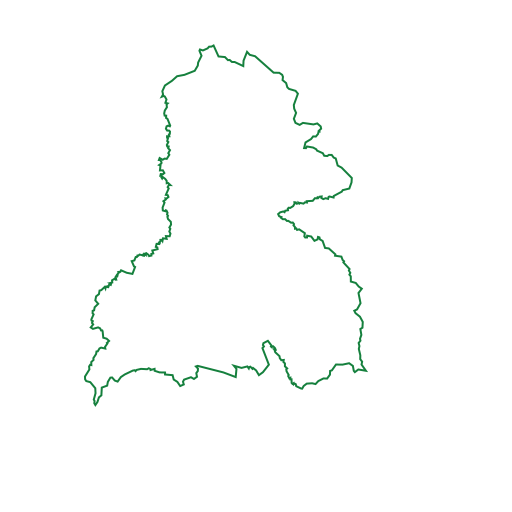 outline of Wang Chan, Rayong, Thailand, rotated 198°
{"feature_id": "78962969B3621953586830", "entity_name": "Wang Chan", "entity_type": "district", "adm_level": 2, "iso_a3": "THA", "parent_name": "Thailand", "parent_adm1": "Rayong", "projection": "albers", "projection_center": [101.511, 12.97], "detail": "fine", "context": "isolated", "style": "outline", "palette": "green", "viewbox_px": 512, "rotation_deg": 198, "n_neighbors": 0, "source": "geoboundaries", "source_scale": "gbopen_adm2", "svg_char_len": 6143}
<svg xmlns="http://www.w3.org/2000/svg" viewBox="0 0 512 512"><g transform="rotate(198 256 256)"><path d="M233.4,397.2L234.5,399.2L238.7,401.0L242.0,398.9L252.5,397.1L255.0,394.2L259.6,394.8L262.4,398.2L262.1,404.5L265.2,407.9L266.7,411.3L266.3,423.3L269.4,425.3L276.2,425.1L278.3,426.1L280.8,429.8L285.1,431.5L285.7,434.7L287.1,436.4L290.5,437.4L295.9,435.8L318.6,445.7L324.1,445.4L327.6,447.4L328.2,437.9L326.8,432.7L336.2,433.9L338.9,433.1L341.6,434.3L343.2,433.6L347.0,435.6L353.3,434.2L361.4,443.1L363.0,441.4L365.3,440.6L366.2,438.5L370.0,435.1L373.1,435.1L373.2,433.7L369.7,429.6L370.8,422.1L370.2,419.1L371.5,413.2L380.0,406.2L386.6,402.6L390.1,396.6L395.3,390.0L396.0,383.8L394.3,380.9L394.8,378.4L393.2,379.7L392.0,379.5L389.5,377.2L389.5,373.7L387.2,373.8L387.9,372.6L386.7,369.9L387.7,366.2L387.4,363.3L386.3,361.3L384.8,361.7L384.2,359.5L382.6,359.1L377.9,353.5L378.0,352.7L379.9,352.8L381.1,351.7L381.0,349.2L379.2,347.8L377.4,348.4L376.3,347.8L375.7,345.5L376.4,344.7L375.4,343.1L377.6,342.4L377.1,341.0L376.1,340.9L376.0,337.9L374.6,337.3L375.1,334.0L374.3,332.8L372.1,333.5L373.3,332.7L372.9,331.4L370.5,330.1L371.2,326.7L369.7,325.5L370.9,320.8L373.0,320.4L374.5,318.7L377.9,319.4L378.0,317.3L376.7,317.6L374.8,315.9L374.6,314.8L376.2,312.6L374.8,312.5L373.8,307.7L371.1,308.7L368.8,306.6L369.7,305.1L371.9,304.5L371.8,303.1L370.7,303.9L370.5,301.8L369.2,300.7L368.9,302.2L366.2,301.3L364.2,299.9L363.4,297.6L362.2,298.3L359.4,297.0L360.8,296.6L361.3,294.2L359.9,293.3L360.6,286.3L358.8,286.6L357.5,285.1L358.9,282.9L359.9,282.8L359.3,281.8L361.0,279.5L359.5,278.5L359.8,273.2L358.7,270.5L355.8,270.6L355.8,271.6L355.1,271.5L353.5,269.8L353.5,268.1L352.1,267.0L352.4,265.9L351.1,264.0L347.6,262.2L346.5,259.6L347.2,256.3L345.9,255.4L346.0,252.5L344.3,250.9L344.2,248.1L347.8,247.1L346.3,244.7L349.9,244.1L349.6,241.4L350.6,242.3L351.9,241.8L351.4,240.4L352.4,239.0L351.5,238.5L351.6,237.5L354.3,236.8L354.1,233.7L352.5,233.7L351.7,232.1L356.3,229.2L354.5,226.7L356.2,225.6L355.6,224.1L358.4,222.4L357.7,223.0L358.5,223.8L361.3,224.8L362.1,224.0L361.3,222.9L362.9,223.2L362.6,221.6L363.5,221.5L363.8,222.5L364.3,221.6L367.2,221.4L368.1,219.8L368.9,219.8L369.0,218.2L370.1,217.8L370.3,214.2L372.6,212.7L368.9,208.5L367.6,208.2L368.0,200.8L373.8,200.1L379.9,200.7L380.1,199.2L381.5,198.5L380.9,198.2L381.9,197.0L381.7,194.3L382.5,194.8L383.0,192.9L382.0,191.0L382.8,191.2L382.5,190.2L383.7,190.4L385.4,188.4L384.5,186.4L386.1,185.4L385.3,185.4L385.2,183.6L386.8,183.7L386.9,180.7L388.1,180.5L388.1,181.2L389.4,180.3L389.2,178.7L390.3,179.9L392.6,175.7L394.1,174.8L393.6,171.2L395.6,168.2L395.1,164.1L391.3,161.8L393.6,157.4L393.2,154.3L394.4,153.4L393.7,151.0L392.4,150.3L393.0,144.8L392.5,143.8L391.1,143.6L391.3,141.7L389.7,140.6L391.1,137.0L388.6,136.3L384.1,139.3L381.9,139.0L380.3,137.3L379.2,137.7L378.6,137.0L376.0,131.1L372.5,131.2L369.5,129.8L370.9,127.3L370.3,126.9L371.5,122.9L370.7,121.4L375.0,121.0L376.3,119.7L377.0,116.5L378.2,115.9L377.8,113.3L379.1,108.6L378.4,107.0L379.9,104.2L378.9,101.4L380.1,101.3L380.6,99.4L379.4,96.6L381.4,88.5L380.4,85.9L378.8,84.6L374.6,84.8L368.0,80.6L366.2,75.9L365.9,69.3L364.7,68.2L364.3,66.0L362.7,64.6L361.7,68.1L361.7,73.0L360.0,75.7L362.0,83.2L357.5,86.7L358.0,90.5L356.9,95.3L355.3,96.0L351.8,93.9L348.8,93.8L347.1,99.1L344.2,102.8L337.7,109.0L336.0,109.9L335.0,109.3L334.3,110.8L330.5,113.1L324.5,114.7L323.3,116.1L321.3,115.8L321.0,115.0L317.6,117.3L316.9,115.5L311.7,115.5L306.5,117.1L305.9,115.2L298.5,116.9L296.1,113.1L291.9,112.0L287.9,108.9L285.0,111.5L286.6,113.9L286.2,116.2L280.4,120.6L277.0,119.9L274.8,122.9L276.6,126.2L275.8,128.6L276.4,131.0L279.0,132.4L277.5,133.5L251.0,135.2L237.9,134.6L239.7,142.6L243.1,144.8L235.2,145.1L230.1,148.3L228.1,146.8L228.1,148.3L227.2,149.0L224.5,147.6L224.2,148.6L220.5,147.2L216.4,143.6L213.5,147.6L210.2,156.6L221.4,170.4L220.5,172.4L221.9,173.5L222.0,175.4L218.5,179.0L213.3,175.4L213.8,174.6L213.0,174.1L211.8,175.4L209.8,174.5L208.9,173.6L210.0,173.0L208.4,172.4L208.9,171.7L207.9,170.4L202.7,168.0L201.8,166.2L199.7,164.7L197.5,165.7L197.2,163.7L195.3,162.8L194.4,160.0L191.6,158.7L192.2,157.6L191.3,155.8L188.1,152.9L188.3,151.8L186.5,150.0L185.7,150.8L185.2,149.3L184.1,149.7L182.9,146.3L181.7,145.6L180.9,146.7L180.4,145.8L180.0,146.6L178.6,146.4L177.5,144.6L172.1,143.9L171.1,144.1L170.5,147.1L168.3,150.3L163.3,152.3L159.8,152.6L158.1,156.3L154.0,160.4L150.5,161.4L149.0,166.0L150.0,169.6L148.5,170.7L146.4,177.5L140.2,179.4L134.3,182.8L129.9,181.4L127.5,177.0L126.1,176.1L123.6,179.7L116.0,180.8L122.1,185.4L122.4,188.3L125.0,190.1L126.1,193.8L129.5,199.4L129.8,202.3L131.5,205.0L130.5,207.7L131.5,209.4L131.4,213.5L134.2,218.8L132.6,220.7L134.1,226.3L138.4,230.4L143.7,232.4L145.6,234.3L143.4,236.4L142.0,243.4L147.1,252.5L145.3,257.6L148.9,258.7L152.8,261.2L157.9,261.0L159.6,266.0L161.4,267.1L161.1,269.1L163.2,270.9L163.0,272.5L170.9,276.9L170.6,278.2L172.4,279.0L174.6,281.8L180.9,280.7L181.0,282.1L189.1,285.7L192.8,285.0L197.3,290.9L200.4,291.6L201.4,293.3L202.9,293.3L202.6,290.8L205.1,288.5L209.5,291.6L213.6,291.1L213.2,289.4L214.9,288.8L216.1,289.6L216.6,292.8L223.2,294.7L225.0,293.5L226.2,294.7L227.3,294.0L228.1,295.8L229.8,296.7L229.7,298.1L231.4,299.2L232.9,298.5L236.1,299.4L237.4,298.9L239.6,300.0L241.9,299.3L244.1,300.1L243.9,300.9L246.3,301.0L247.9,302.7L246.5,305.0L243.8,306.8L242.4,306.5L242.2,308.1L239.7,309.4L240.4,310.9L239.7,312.1L238.4,312.2L236.1,314.9L235.5,317.6L236.1,319.0L234.7,319.3L233.5,318.3L232.0,319.1L232.2,319.8L230.9,319.3L230.6,320.1L227.0,320.5L226.0,322.2L224.1,322.6L224.7,323.8L219.1,326.0L217.8,329.2L215.9,329.6L215.7,330.7L214.8,330.3L214.0,332.0L212.0,332.9L211.8,331.4L209.6,330.9L207.6,332.5L205.1,332.6L205.2,334.7L204.5,335.3L200.3,335.6L200.6,337.1L194.3,343.7L193.9,345.4L188.1,349.0L187.9,355.5L189.0,359.8L201.9,366.5L206.3,367.3L210.3,373.4L212.5,373.6L215.2,375.5L217.9,374.7L219.1,373.1L222.1,372.4L224.2,374.4L230.6,375.1L231.6,376.1L235.2,376.8L241.4,375.9L241.8,374.0L243.6,373.5L244.0,379.3L239.8,384.2L238.6,387.4L236.0,388.1L234.7,391.3L235.0,394.0L234.1,394.0L234.5,395.4L233.4,397.2Z" fill="none" stroke="#15803d" stroke-width="2"/></g></svg>